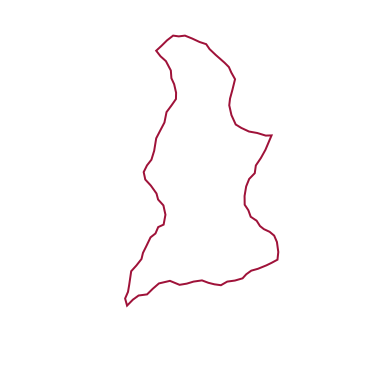 outline of São Francisco, São Paulo, Brazil, rotated 34°
{"feature_id": "56859067B66233126169739", "entity_name": "São Francisco", "entity_type": "district", "adm_level": 2, "iso_a3": "BRA", "parent_name": "Brazil", "parent_adm1": "São Paulo", "projection": "natural_earth1", "projection_center": [-50.676, -20.373], "detail": "fine", "context": "isolated", "style": "outline", "palette": "rose", "viewbox_px": 384, "rotation_deg": 34, "n_neighbors": 0, "source": "geoboundaries", "source_scale": "gbopen_adm2", "svg_char_len": 1349}
<svg xmlns="http://www.w3.org/2000/svg" viewBox="0 0 384 384"><g transform="rotate(34 192 192)"><path d="M300.7,200.3L297.1,193.5L290.4,186.0L284.5,182.2L278.6,181.6L272.3,182.6L267.4,182.2L261.7,179.7L254.5,179.7L248.9,175.6L242.8,173.1L237.8,165.9L233.8,157.1L232.1,149.2L233.5,141.3L230.1,134.3L230.1,125.3L229.3,116.0L226.3,100.6L221.6,104.0L213.1,106.6L205.4,110.0L197.1,111.3L190.5,111.6L181.7,106.2L174.4,99.3L171.3,93.3L168.3,84.5L164.6,74.4L157.8,71.0L152.7,67.8L146.6,66.6L134.9,65.1L126.6,63.7L121.1,61.5L114.4,63.4L106.2,64.7L98.7,66.3L94.0,70.4L88.9,72.9L86.5,80.2L85.0,87.7L83.3,94.9L90.0,97.1L97.2,98.1L106.5,103.1L111.3,109.2L116.9,112.6L123.3,118.6L126.7,123.9L126.6,131.1L126.2,140.0L130.3,149.8L131.3,158.9L132.3,167.5L137.6,179.0L140.3,187.9L139.8,195.1L140.8,202.5L146.3,207.8L154.3,209.7L163.4,213.1L168.1,217.2L175.8,219.1L182.7,225.7L186.7,234.9L183.6,240.0L184.9,246.8L183.0,252.8L184.3,261.7L185.4,269.9L187.6,275.8L187.0,284.0L185.9,291.7L188.3,296.7L191.9,304.2L194.8,310.6L196.1,317.7L201.7,322.5L203.2,314.3L205.6,307.7L212.0,302.0L213.6,294.1L215.7,286.3L223.4,278.0L233.6,275.9L238.9,270.9L243.4,265.4L249.7,259.7L256.4,258.1L262.2,256.0L268.1,253.1L271.3,246.6L277.1,241.4L282.2,235.3L283.0,229.8L285.1,224.1L289.6,218.8L294.7,211.2L297.6,206.2L300.7,200.3Z" fill="none" stroke="#9f1239" stroke-width="2"/></g></svg>